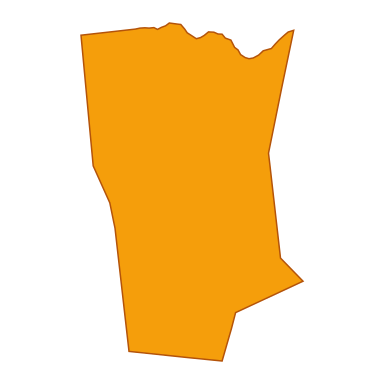 Taipu, Rio Grande do Norte, Brazil (Robinson projection)
{"feature_id": "56859067B84836905302883", "entity_name": "Taipu", "entity_type": "district", "adm_level": 2, "iso_a3": "BRA", "parent_name": "Brazil", "parent_adm1": "Rio Grande do Norte", "projection": "robinson", "projection_center": [-35.567, -5.604], "detail": "fine", "context": "isolated", "style": "filled", "palette": "amber", "viewbox_px": 384, "rotation_deg": 0, "n_neighbors": 0, "source": "geoboundaries", "source_scale": "gbopen_adm2", "svg_char_len": 738}
<svg xmlns="http://www.w3.org/2000/svg" viewBox="0 0 384 384"><path d="M293.7,30.3L288.2,32.0L285.2,34.5L279.2,39.9L275.3,44.0L271.4,48.5L263.2,50.8L258.6,55.1L253.2,58.0L249.0,58.7L245.2,57.6L240.6,54.6L238.0,49.9L234.6,47.4L230.9,40.1L225.3,38.1L222.1,34.2L218.0,34.0L213.9,32.2L208.5,31.9L204.1,35.5L200.5,37.6L196.3,38.7L191.1,35.3L187.2,32.8L184.7,29.1L180.8,24.5L176.7,24.0L169.3,23.0L165.6,25.8L161.3,27.4L157.5,29.4L153.9,27.6L149.1,28.1L144.9,27.8L140.0,28.1L135.3,29.1L81.0,35.2L93.2,165.9L109.8,202.8L113.8,222.4L115.0,228.1L129.0,351.4L187.1,357.5L222.1,361.0L229.5,335.3L231.4,328.8L235.6,312.6L303.0,281.2L280.5,258.1L270.0,165.9L268.5,153.2L282.0,86.4L293.7,30.3Z" fill="#f59e0b" stroke="#b45309" stroke-width="1.5"/></svg>